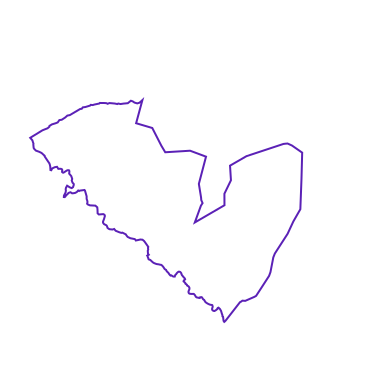 the district of Abejones, Oaxaca, Mexico, rotated 150°
{"feature_id": "50627088B68012167176325", "entity_name": "Abejones", "entity_type": "district", "adm_level": 2, "iso_a3": "MEX", "parent_name": "Mexico", "parent_adm1": "Oaxaca", "projection": "mercator", "projection_center": [-96.608, 17.49], "detail": "fine", "context": "isolated", "style": "outline", "palette": "violet", "viewbox_px": 384, "rotation_deg": 150, "n_neighbors": 0, "source": "geoboundaries", "source_scale": "gbopen_adm2", "svg_char_len": 4401}
<svg xmlns="http://www.w3.org/2000/svg" viewBox="0 0 384 384"><g transform="rotate(150 192 192)"><path d="M228.5,78.0L228.3,78.4L227.6,78.7L226.9,78.6L226.3,76.8L226.3,74.5L227.0,71.6L227.2,70.3L227.8,69.0L227.5,68.4L229.1,64.6L229.0,63.4L228.2,63.5L227.2,63.8L205.5,72.6L204.6,72.5L202.7,72.7L200.3,71.1L190.4,70.0L188.4,70.0L179.3,74.6L167.2,80.8L164.1,83.4L154.3,94.7L151.0,97.3L130.1,108.0L119.0,115.8L106.8,122.9L106.1,124.0L90.7,148.5L76.9,171.0L82.2,182.3L85.0,186.2L86.9,187.1L88.8,187.9L126.9,195.8L145.9,195.8L152.4,182.7L164.8,174.3L170.5,164.3L204.8,164.2L191.1,175.7L188.4,177.1L188.0,180.4L186.9,182.7L182.0,195.6L162.2,215.6L173.0,228.7L195.3,239.8L195.4,247.4L194.4,267.3L206.0,279.5L189.0,296.4L191.2,295.9L192.8,295.6L195.1,296.1L197.1,298.2L198.0,300.1L199.3,301.6L203.2,301.0L207.1,302.8L209.9,303.9L211.7,305.5L212.7,305.5L214.6,307.2L219.0,310.3L221.0,310.6L221.6,311.6L222.8,312.5L227.3,315.2L228.1,315.0L233.0,316.6L234.5,316.9L236.1,318.1L237.1,317.8L241.8,318.9L244.3,319.9L245.9,319.2L247.3,319.8L249.1,319.8L259.4,319.7L261.7,320.5L264.7,319.9L268.7,319.7L270.9,320.6L273.5,319.4L275.6,319.7L279.5,320.6L282.4,320.5L283.0,319.8L285.3,319.4L287.8,319.8L290.7,320.2L302.6,319.9L305.0,319.8L304.6,317.7L304.4,316.6L304.6,315.6L304.8,314.9L305.1,313.2L305.7,312.4L307.1,309.3L307.1,308.3L306.5,305.9L304.3,303.3L302.8,301.1L301.5,297.0L301.8,296.5L301.4,290.5L301.2,288.1L301.5,286.6L302.1,284.8L303.6,281.8L303.0,281.2L301.3,282.3L298.5,282.1L296.3,281.3L296.2,278.9L294.0,277.7L293.3,276.8L293.4,275.7L294.0,275.2L294.5,274.3L294.2,273.4L293.6,273.0L289.7,273.2L288.4,272.9L287.6,272.1L287.9,271.1L289.2,269.3L288.6,266.2L289.2,263.2L290.4,262.1L290.8,259.8L290.4,258.2L290.8,257.3L292.6,255.7L294.2,255.5L295.3,256.8L297.0,259.9L299.0,258.7L300.0,257.6L300.5,256.3L301.7,254.8L304.7,252.9L305.5,251.7L304.8,251.2L303.7,251.5L302.7,252.1L301.1,252.3L300.3,252.6L299.5,252.9L298.5,252.8L297.3,252.5L296.5,250.8L295.0,250.1L293.5,249.6L291.7,249.6L289.8,250.2L289.3,249.3L288.5,249.3L284.1,247.5L284.0,246.7L285.4,241.0L286.7,238.7L287.0,237.1L287.3,236.1L287.8,235.2L288.7,234.3L288.4,233.2L287.1,231.5L282.5,228.5L281.7,226.1L282.6,224.1L284.4,220.7L283.9,219.1L282.0,218.2L279.9,217.2L279.2,216.1L279.4,214.8L281.7,212.6L283.9,210.8L284.4,209.9L284.2,208.1L282.8,206.0L282.7,205.0L283.1,203.1L282.5,201.7L281.9,200.9L279.5,199.2L277.9,198.9L277.5,196.6L275.1,193.5L273.6,191.9L272.6,191.6L270.5,188.4L270.5,187.3L270.2,185.3L268.5,182.8L265.2,179.9L264.9,179.2L264.9,178.1L262.2,177.2L260.5,176.7L258.7,175.4L258.0,173.5L257.8,171.9L257.3,166.3L258.1,165.6L258.6,164.2L259.7,163.2L261.0,160.5L260.8,159.3L262.6,159.3L262.6,158.3L262.9,157.4L262.9,156.9L262.9,156.6L263.1,156.2L263.2,155.8L263.2,155.4L262.9,154.9L262.1,154.0L261.1,150.7L260.4,149.4L258.8,147.4L256.9,145.9L255.9,144.9L255.2,144.4L254.8,143.7L254.5,142.5L254.3,141.3L254.2,139.1L254.0,138.6L253.8,138.1L253.4,137.5L253.5,136.5L253.5,135.9L253.2,134.9L253.0,134.2L252.9,133.9L252.8,132.2L252.6,131.0L252.4,130.4L251.8,130.4L251.2,129.4L250.8,128.6L250.5,128.2L250.0,127.8L249.6,127.6L249.2,127.4L248.6,128.0L248.2,128.3L247.7,128.6L246.9,128.7L246.0,129.2L244.7,129.6L243.7,129.7L243.2,129.6L242.7,129.2L242.4,128.9L242.2,128.6L242.1,128.4L242.0,127.7L241.9,127.2L242.0,126.6L242.1,126.3L242.2,126.0L242.3,125.1L242.2,124.7L242.1,124.3L242.1,123.9L242.1,123.5L241.9,123.1L241.8,122.2L241.5,121.1L241.5,120.3L241.6,120.1L241.6,119.8L241.8,119.7L242.2,119.7L242.5,119.7L243.5,119.3L243.8,119.1L244.0,118.9L244.0,118.7L243.7,118.2L243.6,117.7L243.5,117.3L243.3,116.2L243.5,116.0L243.5,115.6L243.2,115.2L242.9,114.5L242.8,114.2L243.0,113.6L242.8,113.0L242.5,112.6L242.2,112.1L242.1,111.3L242.1,110.5L242.4,109.8L242.8,109.2L243.3,108.8L244.1,108.2L244.6,107.7L245.0,107.3L245.2,106.7L245.3,106.1L245.3,105.8L245.2,105.6L244.9,105.1L244.4,104.7L243.0,103.7L241.9,103.2L241.4,102.8L241.0,101.0L241.1,99.4L240.5,98.2L240.0,97.8L239.5,97.4L239.0,96.9L238.8,96.6L238.3,96.4L238.2,96.6L237.9,96.8L237.6,96.8L236.6,96.3L236.2,96.1L236.1,95.5L236.0,94.7L236.0,93.6L235.6,92.8L235.4,92.4L235.5,91.8L235.4,90.9L235.4,89.9L234.9,88.8L234.4,87.8L233.9,87.0L233.2,86.0L232.6,85.3L231.9,84.7L231.1,84.1L231.0,83.8L231.3,82.6L231.4,82.4L231.6,82.1L232.2,81.6L232.4,81.4L232.9,80.9L233.2,80.6L233.3,80.1L233.4,79.6L233.2,78.9L232.6,78.1L232.0,77.7L230.5,77.7L228.5,78.0Z" fill="none" stroke="#5b21b6" stroke-width="2"/></g></svg>